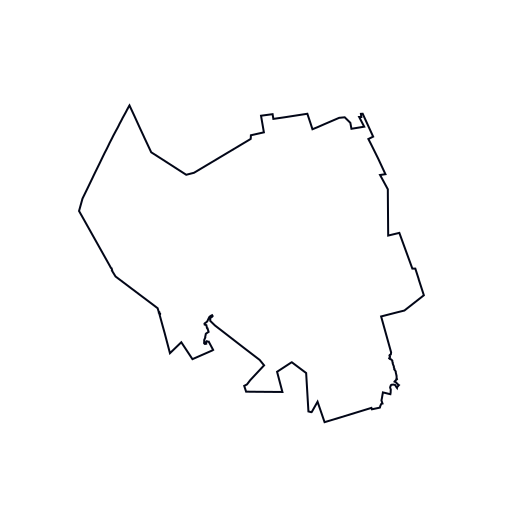 Catorce, San Luis Potosí, Mexico, rotated 340°
{"feature_id": "50627088B45897682266875", "entity_name": "Catorce", "entity_type": "district", "adm_level": 2, "iso_a3": "MEX", "parent_name": "Mexico", "parent_adm1": "San Luis Potosí", "projection": "natural_earth1", "projection_center": [-101.035, 23.645], "detail": "fine", "context": "isolated", "style": "outline", "palette": "ink", "viewbox_px": 512, "rotation_deg": 340, "n_neighbors": 0, "source": "geoboundaries", "source_scale": "gbopen_adm2", "svg_char_len": 3896}
<svg xmlns="http://www.w3.org/2000/svg" viewBox="0 0 512 512"><g transform="rotate(340 256 256)"><path d="M404.1,206.1L402.3,190.0L401.6,184.5L406.9,183.9L404.9,158.8L403.2,158.3L402.5,161.4L400.5,160.7L401.9,171.5L389.2,169.1L390.2,163.1L386.8,156.0L381.4,154.6L365.5,155.5L357.8,156.0L352.4,156.2L352.6,150.8L352.9,139.9L330.2,135.4L319.2,133.1L320.1,128.4L308.7,125.9L305.7,142.5L292.5,140.8L291.9,142.2L291.7,142.8L291.3,143.6L291.0,144.2L226.2,156.6L218.2,155.8L198.9,130.4L193.0,122.7L191.5,106.0L191.5,105.7L190.7,96.5L189.6,82.6L188.6,71.2L188.2,71.5L187.7,72.0L186.3,73.2L185.6,73.8L185.5,74.0L185.3,74.1L184.9,74.4L184.5,74.8L184.1,75.2L183.0,76.2L182.1,77.0L180.6,78.3L179.1,79.6L177.6,80.9L176.9,81.6L175.6,82.8L173.0,85.1L171.5,86.6L169.1,88.8L167.8,89.9L163.1,94.1L160.8,96.3L157.2,99.6L156.8,100.0L155.6,101.2L152.5,104.2L149.0,107.4L146.0,110.3L141.3,114.9L136.2,119.8L134.1,121.8L130.8,125.0L130.2,125.6L129.1,126.7L120.8,134.8L112.6,142.7L105.1,153.2L106.4,161.0L115.2,214.9L115.6,217.6L116.1,218.2L116.0,219.6L115.9,220.8L115.7,220.8L117.0,227.2L127.5,243.4L145.7,271.4L145.5,275.2L145.4,275.6L145.5,275.6L145.9,275.7L145.8,276.2L145.8,276.4L146.2,277.4L146.1,277.6L145.4,277.3L144.4,289.4L143.8,297.2L141.9,317.9L156.3,311.5L161.0,331.2L182.7,329.8L183.6,329.6L182.3,320.4L182.0,320.4L181.7,320.2L180.6,319.2L180.4,319.2L180.0,319.5L179.4,320.5L179.2,321.4L177.9,321.2L177.6,320.7L177.4,320.3L177.6,319.7L177.9,319.2L178.6,317.2L180.5,315.2L180.5,314.8L181.7,312.9L182.1,312.1L182.6,311.8L185.5,311.1L185.7,307.5L185.4,307.4L185.3,306.9L185.7,304.0L184.3,302.9L184.5,301.9L185.3,301.6L186.2,301.4L187.8,300.8L188.1,300.5L190.1,298.5L191.4,297.3L192.9,296.8L194.5,296.6L194.7,297.6L194.0,298.1L193.0,298.2L191.9,298.7L191.5,299.5L190.8,301.3L193.7,307.3L199.6,316.6L213.1,338.0L223.9,354.9L226.2,361.5L208.1,370.7L203.6,373.6L200.5,374.0L200.3,380.1L210.4,383.9L234.3,392.8L236.2,372.0L252.5,368.2L253.3,368.1L263.1,383.1L252.1,420.0L252.7,420.4L254.4,421.6L254.6,421.5L255.1,421.6L264.0,414.0L263.6,435.6L281.3,436.6L312.5,438.2L312.5,439.7L319.5,440.7L320.6,440.8L321.7,439.2L323.2,437.8L324.4,437.9L324.4,437.2L324.5,434.6L325.8,432.5L326.8,430.7L328.5,427.8L328.6,427.6L330.0,428.5L331.5,429.5L332.8,430.4L333.7,431.0L335.0,431.8L335.7,430.6L336.5,428.7L337.0,427.5L337.0,426.1L337.0,425.6L337.3,425.0L338.1,424.1L338.5,423.6L339.0,423.4L339.7,423.4L340.0,423.5L341.3,423.9L342.2,424.5L342.6,424.8L343.1,427.2L343.4,428.2L343.9,427.4L344.3,427.1L344.9,426.9L345.0,426.8L345.9,426.3L346.1,426.2L345.8,425.8L345.5,425.2L345.3,424.9L345.1,424.5L344.8,423.9L344.6,423.5L344.6,423.1L344.4,422.8L344.2,422.5L344.1,422.4L343.9,422.2L343.7,421.9L343.5,421.7L343.3,421.5L343.2,421.4L343.3,421.3L343.5,421.2L344.3,420.9L344.6,420.7L344.9,420.6L345.7,419.9L346.2,420.1L346.4,420.0L346.4,419.8L346.0,419.4L346.1,419.1L346.4,418.8L346.6,418.2L346.8,417.5L347.1,416.8L347.1,416.3L347.2,415.7L347.3,415.1L347.3,414.6L347.4,414.1L347.5,413.3L347.6,412.9L347.8,412.3L347.7,411.7L347.6,411.3L347.4,410.8L347.3,410.6L347.3,410.0L347.2,409.8L347.5,409.5L347.5,409.1L347.4,408.1L347.5,407.6L347.7,407.3L347.7,407.0L347.8,406.6L347.7,405.8L347.7,405.5L347.7,405.0L347.7,404.6L347.7,404.1L347.8,403.7L347.9,403.4L348.0,403.1L347.9,403.0L348.0,402.8L348.0,402.6L348.0,402.2L348.0,401.8L348.1,401.5L348.3,401.1L348.2,400.8L348.1,400.3L347.9,400.0L347.7,399.7L347.5,399.3L347.3,399.0L347.0,398.9L346.7,398.7L346.4,398.2L346.3,397.8L346.2,397.7L346.4,397.5L346.6,397.4L346.6,397.5L346.8,397.5L346.9,397.3L346.9,397.1L347.1,397.0L347.4,396.8L347.5,396.3L347.4,396.1L347.3,395.4L347.7,395.2L347.9,394.7L348.6,394.6L349.0,394.6L350.0,392.8L352.9,355.6L369.3,357.2L376.8,358.0L400.3,350.3L400.9,333.5L401.0,333.2L401.4,322.3L398.6,321.3L398.6,290.5L398.6,283.3L387.2,282.0L391.6,269.6L400.8,243.7L402.7,238.4L400.3,222.3L405.6,223.4L404.1,206.1Z" fill="none" stroke="#020617" stroke-width="2"/></g></svg>